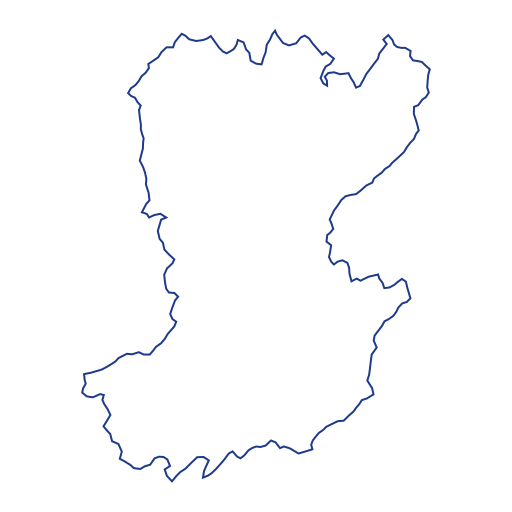 São José do Barreiro, São Paulo, Brazil (Robinson projection)
{"feature_id": "56859067B64806727211215", "entity_name": "São José do Barreiro", "entity_type": "district", "adm_level": 2, "iso_a3": "BRA", "parent_name": "Brazil", "parent_adm1": "São Paulo", "projection": "robinson", "projection_center": [-44.584, -22.754], "detail": "fine", "context": "isolated", "style": "outline", "palette": "blue", "viewbox_px": 512, "rotation_deg": 0, "n_neighbors": 0, "source": "geoboundaries", "source_scale": "gbopen_adm2", "svg_char_len": 3966}
<svg xmlns="http://www.w3.org/2000/svg" viewBox="0 0 512 512"><path d="M373.5,394.4L372.1,388.1L367.3,380.6L369.1,374.9L370.0,368.2L370.5,363.6L371.7,354.5L376.7,347.5L373.7,340.6L374.6,335.6L382.1,325.7L384.5,321.3L388.9,319.0L393.4,315.8L396.3,311.8L398.3,307.6L402.1,303.5L406.9,301.9L410.4,298.3L408.7,292.5L407.3,287.7L405.9,281.7L401.9,278.9L397.5,282.1L394.1,285.0L389.3,287.5L384.3,288.1L382.5,282.8L379.3,278.6L378.1,274.5L368.7,276.7L364.7,278.6L360.5,280.7L356.7,278.6L351.5,281.3L349.5,273.8L349.1,267.8L347.4,262.9L342.4,260.3L337.5,261.7L333.9,264.5L331.2,261.7L329.0,257.1L330.1,252.0L331.1,245.2L326.5,241.6L327.2,235.1L330.3,232.6L333.2,228.9L331.7,224.0L329.7,219.5L334.0,210.5L337.5,205.8L341.3,200.0L345.5,196.3L350.3,195.0L356.1,194.1L360.5,190.7L366.3,185.5L372.3,182.6L374.0,178.5L377.2,175.9L381.7,172.7L384.9,169.0L389.6,166.0L392.1,162.9L397.3,158.3L403.9,152.1L407.1,146.9L410.2,142.8L414.0,138.9L416.0,134.0L418.7,130.5L417.7,126.3L416.0,120.3L413.8,113.8L414.1,106.8L418.2,105.2L422.4,99.5L425.9,97.1L428.8,92.5L427.2,87.6L427.6,81.3L428.2,74.9L429.8,69.3L425.6,65.6L421.8,61.9L416.8,60.9L413.0,60.4L410.0,56.1L410.6,51.0L405.3,47.9L401.5,47.9L397.2,47.0L394.1,44.5L392.5,40.1L388.3,35.1L383.3,39.6L386.7,44.0L383.3,48.4L379.3,53.5L377.9,58.8L374.4,63.2L370.7,68.3L366.5,73.7L363.5,79.5L359.9,86.0L356.0,87.6L353.7,82.3L350.9,78.1L348.5,73.2L340.1,74.2L334.0,72.3L328.3,73.0L324.8,76.7L326.9,80.6L327.1,85.7L323.3,83.4L320.6,78.1L323.3,71.1L325.7,66.5L330.3,63.9L333.9,58.6L330.1,55.6L326.1,52.1L322.3,54.7L316.7,48.2L312.3,43.1L309.1,38.5L304.7,35.6L300.7,37.5L296.2,43.3L289.0,45.4L283.0,43.0L276.8,34.7L275.1,30.7L272.4,34.1L270.1,39.4L266.8,44.6L265.6,52.4L263.5,57.7L261.6,64.4L256.2,63.7L250.7,60.7L249.3,52.8L246.0,49.3L243.6,42.4L237.8,40.0L236.6,44.5L234.0,48.9L230.8,51.0L226.6,53.3L223.0,51.6L219.1,47.7L210.8,36.1L207.4,38.4L203.2,40.0L196.2,41.0L189.2,39.3L185.4,35.7L181.7,33.8L178.3,37.8L174.8,42.2L173.1,47.3L166.6,47.3L161.5,52.1L158.3,57.2L152.4,61.3L148.3,64.0L148.9,68.1L145.7,72.7L141.5,76.3L138.7,81.1L135.5,85.0L130.9,88.3L128.1,93.1L131.1,96.0L135.1,97.8L137.3,101.9L140.7,105.6L139.0,110.0L139.5,114.5L140.1,119.8L140.9,124.5L140.8,129.3L142.2,134.2L143.6,138.3L143.1,142.8L142.9,148.5L141.5,153.9L139.8,160.6L143.1,167.1L145.1,172.9L146.4,179.0L145.9,184.2L147.2,188.5L148.6,192.8L149.5,200.3L146.2,204.0L141.9,212.3L146.8,213.9L149.1,217.5L154.1,215.1L160.4,213.8L166.2,217.5L161.1,219.7L159.6,224.9L157.8,230.9L159.6,238.8L162.9,242.7L164.4,249.6L168.8,254.3L174.3,259.4L172.4,263.4L167.0,268.4L164.2,274.7L165.0,282.3L166.2,288.7L168.9,292.5L174.4,293.0L178.1,296.7L175.0,300.5L172.4,307.4L170.2,313.9L172.4,319.0L176.2,321.7L174.3,326.4L167.6,334.1L164.8,338.9L161.0,343.3L156.0,346.8L153.4,350.3L149.8,354.5L143.6,354.5L138.9,352.2L132.1,354.3L126.9,353.8L122.4,356.1L118.6,358.0L115.4,361.5L111.2,364.2L106.6,367.0L101.9,369.5L96.9,371.0L90.6,372.8L84.1,374.1L84.6,379.5L85.7,383.7L83.1,388.3L82.2,392.6L86.8,396.4L92.9,397.3L100.2,394.1L103.8,395.0L102.4,399.9L104.2,404.0L107.5,409.0L110.4,415.0L107.0,420.7L103.5,426.3L107.4,431.0L110.2,433.9L112.1,441.2L118.4,444.0L121.8,451.6L119.8,458.8L124.5,461.3L130.5,465.0L133.8,468.1L140.2,469.0L145.0,466.2L150.2,464.7L154.6,458.3L159.1,456.7L163.6,457.0L167.4,459.5L170.0,466.0L164.7,469.4L166.9,475.9L172.0,481.3L176.2,476.2L180.2,472.1L185.4,468.7L190.6,463.5L197.2,457.2L203.6,457.0L208.8,460.4L206.0,466.5L204.0,471.1L203.0,477.6L207.6,475.8L211.4,473.4L216.0,469.0L222.0,462.3L224.6,459.1L228.8,453.5L232.6,451.4L237.0,456.5L240.4,458.3L244.2,455.5L248.6,450.2L252.0,448.1L256.2,446.5L260.4,447.0L265.6,445.6L271.0,440.5L275.5,442.3L280.0,448.1L283.9,446.5L290.0,448.4L298.5,453.5L304.0,451.9L312.4,449.3L311.2,444.7L312.8,440.4L315.7,436.7L318.8,433.0L323.3,429.8L326.3,426.8L331.7,424.1L337.7,421.2L343.7,420.7L348.5,415.9L353.5,411.5L356.3,407.6L359.3,404.1L361.8,400.1L366.8,398.5L373.5,394.4Z" fill="none" stroke="#1e3a8a" stroke-width="2"/></svg>